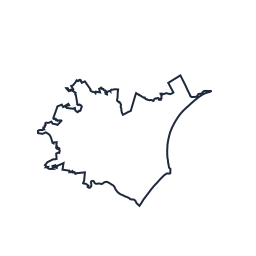 Centla, Tabasco, Mexico (Robinson projection), rotated 143°
{"feature_id": "50627088B3950990861765", "entity_name": "Centla", "entity_type": "district", "adm_level": 2, "iso_a3": "MEX", "parent_name": "Mexico", "parent_adm1": "Tabasco", "projection": "robinson", "projection_center": [-92.665, 18.354], "detail": "fine", "context": "isolated", "style": "outline", "palette": "slate", "viewbox_px": 256, "rotation_deg": 143, "n_neighbors": 0, "source": "geoboundaries", "source_scale": "gbopen_adm2", "svg_char_len": 5887}
<svg xmlns="http://www.w3.org/2000/svg" viewBox="0 0 256 256"><g transform="rotate(143 128 128)"><path d="M165.7,59.0L162.8,59.9L158.8,61.5L145.8,65.2L140.6,66.4L138.7,66.6L132.2,67.9L128.5,68.4L126.4,68.5L125.3,68.4L124.6,68.3L123.8,68.0L123.0,67.2L121.9,66.4L121.5,66.4L119.2,69.2L118.7,70.0L119.1,71.2L118.9,72.0L118.3,73.1L117.4,74.9L117.0,75.6L116.8,76.2L115.2,78.8L114.5,80.4L112.4,83.5L110.5,86.1L106.7,90.7L104.6,92.8L101.4,95.7L98.9,97.7L96.8,99.3L93.7,101.1L93.4,101.2L93.2,101.4L93.2,101.5L91.6,102.3L91.1,102.5L88.6,103.8L85.0,105.3L83.6,105.8L82.0,106.4L77.9,107.7L73.8,108.5L68.3,109.2L67.9,109.1L63.3,109.6L63.0,109.6L61.2,109.8L61.0,109.7L60.6,109.8L57.8,110.0L52.7,110.1L49.0,109.9L46.9,109.6L45.8,109.4L44.2,108.9L40.9,107.6L38.9,107.3L41.5,109.1L43.7,111.0L45.0,111.7L45.6,111.9L47.7,111.4L48.7,111.3L49.4,111.7L50.7,112.5L51.4,112.7L51.8,112.6L52.9,112.1L53.5,111.9L54.5,111.9L55.1,112.1L57.1,113.4L58.4,114.4L58.8,114.8L59.0,116.4L58.9,116.6L58.7,116.6L57.7,122.0L56.5,127.4L54.5,138.5L68.7,139.8L70.4,129.0L71.9,129.1L72.8,129.4L73.9,129.6L75.3,131.3L76.4,132.7L77.0,133.0L78.0,133.2L79.1,133.7L79.4,133.9L80.4,135.2L81.4,135.9L81.6,135.6L81.6,134.7L81.5,133.5L82.1,133.3L82.3,133.1L82.9,132.4L83.2,131.7L83.4,131.6L83.9,131.7L84.3,131.0L84.6,130.8L84.9,130.8L86.2,131.7L86.0,132.3L85.6,132.9L85.6,133.1L85.8,133.6L86.2,134.1L86.5,134.2L87.0,134.1L87.5,134.2L87.8,134.5L88.0,135.0L88.3,135.2L88.8,135.2L89.9,135.1L90.7,134.7L91.2,134.3L91.8,134.7L91.9,135.1L92.1,135.7L92.4,136.1L93.1,136.8L94.1,137.2L94.3,137.6L94.9,138.2L95.2,138.7L95.7,139.1L95.8,139.5L95.7,139.7L95.7,139.8L96.3,140.3L96.6,141.0L96.3,142.0L96.3,142.3L96.6,142.5L97.3,142.9L97.3,143.0L99.1,147.7L99.3,147.6L100.5,151.0L102.3,149.8L115.5,140.0L118.4,140.7L121.2,141.1L124.1,141.6L123.6,144.0L122.6,146.2L121.6,147.6L121.3,149.0L121.0,149.4L120.4,150.1L120.1,150.2L119.5,150.9L119.2,152.9L119.2,153.9L119.8,154.0L119.9,154.7L120.2,156.0L120.2,156.6L117.3,159.4L115.3,162.0L112.7,164.7L115.2,166.9L117.4,167.9L118.1,168.6L118.6,168.6L119.6,168.3L119.9,167.9L119.9,168.5L123.3,169.5L124.6,167.5L125.2,168.5L124.8,168.7L124.8,169.2L124.9,169.9L124.6,170.3L123.7,170.7L123.4,171.1L123.4,171.3L123.5,171.7L124.1,172.2L124.5,172.8L124.5,173.3L124.3,173.8L124.2,174.0L124.4,174.2L125.2,174.7L125.3,174.9L125.0,175.6L125.0,176.1L125.1,176.4L126.1,176.3L127.4,176.7L128.9,173.2L131.7,176.3L133.0,175.3L133.1,176.7L134.5,178.2L135.4,179.8L135.4,180.8L135.1,181.3L134.7,181.4L134.4,191.2L137.7,191.9L137.1,194.1L137.4,194.1L137.2,194.9L137.3,195.4L137.7,195.7L138.2,195.8L139.2,195.3L139.6,195.4L140.0,195.9L140.2,197.0L141.1,196.8L141.9,196.3L146.1,195.2L148.1,195.7L148.4,191.9L148.8,191.9L149.2,191.8L149.6,191.9L150.3,192.8L150.7,193.1L151.2,193.1L151.8,193.0L152.0,193.1L152.2,193.8L152.7,194.6L152.6,194.9L152.2,195.7L152.2,196.1L152.6,196.5L153.4,197.0L153.4,196.3L153.2,194.9L153.1,193.0L150.6,192.1L150.2,191.3L149.4,191.3L149.4,189.4L148.6,187.7L149.8,186.9L149.9,186.4L149.6,186.3L149.7,186.0L154.2,177.2L154.3,177.2L154.2,176.6L153.7,176.0L153.4,175.9L152.7,176.0L152.5,175.8L152.0,174.4L151.9,174.0L152.1,172.7L152.4,172.6L152.8,172.5L154.7,171.0L155.5,170.7L155.8,170.5L156.0,170.5L156.3,170.6L156.4,171.1L156.5,171.2L157.4,170.9L157.8,170.9L158.1,171.2L158.8,171.0L159.0,171.4L159.0,171.7L159.5,173.7L158.4,176.0L159.4,176.3L160.0,176.2L164.8,180.8L165.2,182.7L164.0,182.8L161.3,181.6L161.1,183.2L167.2,183.8L166.8,186.5L170.2,187.4L171.3,187.7L171.8,187.5L172.2,187.1L179.8,182.1L181.1,181.3L181.5,181.0L182.0,180.3L181.8,179.9L180.9,179.6L180.2,179.0L180.3,178.3L180.5,177.7L180.9,178.8L180.9,178.7L180.8,177.4L180.2,177.1L179.9,177.3L179.7,176.9L179.8,176.3L179.7,176.1L178.4,175.5L178.2,175.3L177.2,174.6L176.8,174.3L176.8,173.8L182.5,172.9L182.9,173.8L185.6,176.8L185.4,179.2L186.5,179.5L187.7,179.7L188.8,180.2L189.1,180.4L189.7,181.2L190.1,181.5L191.0,181.6L191.4,181.4L191.7,180.8L191.9,179.9L192.2,179.8L192.6,179.8L193.1,180.0L193.7,179.0L194.2,178.9L194.6,178.9L195.3,179.3L195.5,178.9L195.7,178.6L195.8,177.5L196.4,178.0L196.5,177.8L196.8,177.6L197.0,177.6L197.4,177.8L199.0,179.0L200.0,179.6L200.7,179.9L201.6,179.9L201.8,179.7L202.1,179.3L202.9,178.0L199.8,174.8L196.2,173.9L194.8,170.1L195.2,166.9L197.2,161.5L196.8,160.7L196.4,161.3L193.5,159.6L195.6,157.3L195.6,156.6L196.3,156.5L197.3,155.4L196.6,154.6L197.1,154.1L196.6,153.4L195.7,154.3L195.1,153.0L195.8,152.6L196.1,151.2L196.3,151.1L196.4,150.7L197.9,149.5L198.4,150.3L200.7,150.8L201.1,150.3L203.6,146.3L205.8,147.3L206.4,147.9L206.9,148.2L209.2,148.5L212.8,149.2L216.7,148.3L216.2,146.3L217.1,146.1L215.3,145.0L216.3,144.6L215.4,142.6L212.4,140.4L212.5,140.7L211.2,143.1L210.6,142.9L209.9,142.5L208.3,142.0L208.3,141.9L210.7,141.4L210.1,141.0L209.8,140.2L208.9,139.0L207.7,140.4L203.3,139.4L202.3,139.1L200.6,138.8L205.4,134.1L200.7,129.4L200.8,129.2L200.9,128.8L201.4,128.1L200.0,127.8L200.1,127.5L200.1,127.0L199.2,127.0L199.0,126.8L198.9,125.9L198.9,125.7L198.6,125.5L198.2,126.1L198.1,125.5L198.0,125.4L197.7,125.0L197.3,124.9L197.3,124.5L197.7,123.2L197.3,122.8L197.1,122.9L197.0,123.3L189.1,118.5L194.7,112.4L197.1,110.9L196.8,110.3L195.7,109.3L195.2,108.7L194.3,105.7L195.7,105.3L195.4,104.3L195.2,104.0L194.8,103.5L194.4,103.3L193.8,103.2L192.9,103.5L192.2,103.8L191.9,104.2L191.0,105.4L190.2,106.9L190.0,107.3L189.4,107.5L188.9,107.4L188.0,107.0L187.6,106.6L187.5,106.4L187.4,106.0L187.5,105.4L187.7,104.0L187.6,103.6L187.2,102.9L186.6,102.3L184.6,101.2L183.1,99.5L182.7,99.1L182.0,98.9L180.0,98.9L179.2,98.8L177.5,97.9L177.0,97.4L176.8,97.0L176.5,96.2L175.9,95.0L175.1,92.7L174.5,91.4L174.3,90.6L174.3,89.4L174.4,88.3L174.9,86.6L174.9,83.6L174.8,82.6L174.3,80.8L173.9,79.6L173.4,78.8L172.2,76.8L172.0,76.1L171.5,75.1L170.2,73.2L169.7,72.2L169.1,70.8L169.1,70.0L168.3,68.9L166.9,67.8L166.3,67.0L166.0,65.9L166.0,64.9L166.4,62.8L166.3,62.3L165.7,59.0Z" fill="none" stroke="#1e293b" stroke-width="2"/></g></svg>